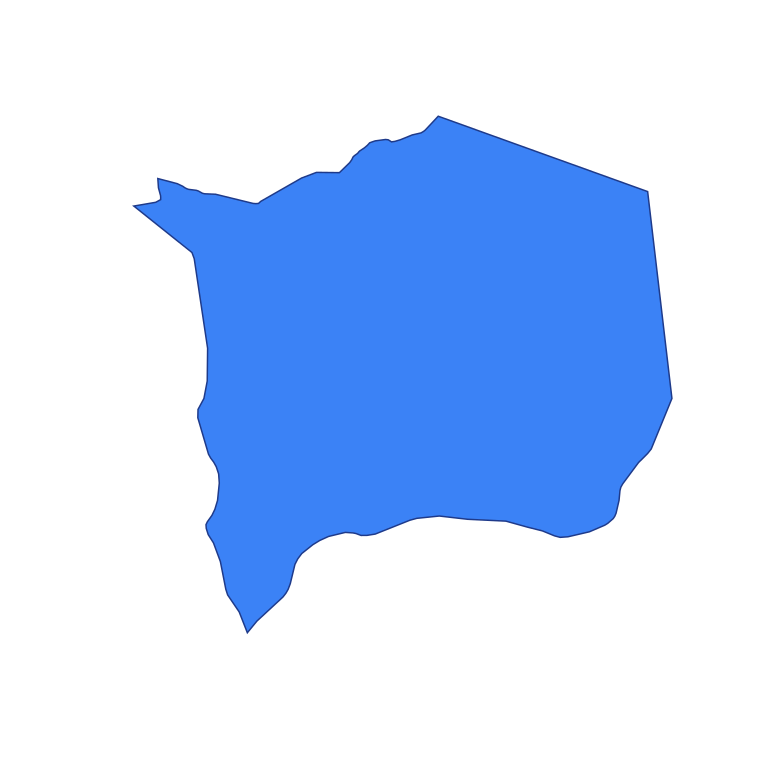 the border of Chontales, rotated 193°
{"feature_id": "NIC-669", "entity_name": "Chontales", "entity_type": "Department", "adm_level": 1, "iso_a3": "NIC", "parent_name": "Nicaragua", "parent_adm1": "", "projection": "mercator", "projection_center": [-85.042, 12.14], "detail": "fine", "context": "isolated", "style": "filled", "palette": "blue", "viewbox_px": 768, "rotation_deg": 193, "n_neighbors": 0, "source": "natural_earth", "source_scale": "10m", "svg_char_len": 1623}
<svg xmlns="http://www.w3.org/2000/svg" viewBox="0 0 768 768"><g transform="rotate(193 384 384)"><path d="M377.7,232.0L380.8,231.9L388.3,230.7L403.7,223.0L411.4,217.1L417.2,211.4L426.0,200.3L428.7,194.2L430.2,188.2L430.4,168.4L431.2,162.4L432.5,158.1L434.5,153.8L454.5,124.4L461.2,110.9L473.8,129.3L488.9,143.3L492.0,148.5L503.5,174.2L514.4,190.8L521.4,197.7L524.7,203.3L525.8,206.9L525.1,210.1L522.1,217.3L520.6,223.9L520.0,233.1L522.2,250.4L524.9,259.2L528.8,265.6L532.4,269.6L536.2,272.8L539.2,276.1L557.8,309.2L559.5,317.4L556.2,329.4L556.9,347.1L563.9,379.1L597.1,463.4L600.7,468.9L667.8,501.1L647.3,509.7L643.1,513.4L643.6,515.7L644.1,517.3L647.9,524.4L650.6,533.3L630.5,532.7L624.6,531.4L622.1,530.4L620.1,529.9L618.3,529.7L610.4,530.5L608.3,530.3L603.8,529.0L601.5,529.0L590.8,531.0L552.2,530.5L549.5,530.9L546.9,531.7L545.2,534.2L510.6,566.2L497.4,575.0L475.0,579.9L467.2,592.0L465.8,595.5L465.7,596.1L465.2,598.3L464.2,599.8L462.0,602.3L461.2,603.5L460.7,604.7L460.0,605.7L456.3,609.6L453.9,612.8L452.2,615.8L450.4,617.0L447.3,618.9L437.5,622.6L434.9,622.9L433.6,622.5L431.2,621.6L427.9,622.9L423.1,625.6L412.6,633.0L404.4,637.0L402.2,639.1L401.0,640.6L391.4,657.1L170.4,630.8L100.2,434.7L109.0,380.8L111.5,375.6L116.4,367.7L117.1,366.7L117.7,365.7L118.3,364.8L128.9,340.5L130.0,336.8L130.1,333.2L128.8,323.5L128.8,310.4L129.4,307.0L130.4,304.4L134.6,298.6L137.1,296.1L150.6,286.2L170.4,276.5L177.9,274.2L183.7,274.4L196.6,276.5L211.9,276.8L234.4,277.8L272.1,271.0L300.4,267.8L321.8,260.5L328.1,257.1L358.8,235.8L366.7,232.6L372.3,231.3L377.7,232.0Z" fill="#3b82f6" stroke="#1e3a8a" stroke-width="1.5"/></g></svg>